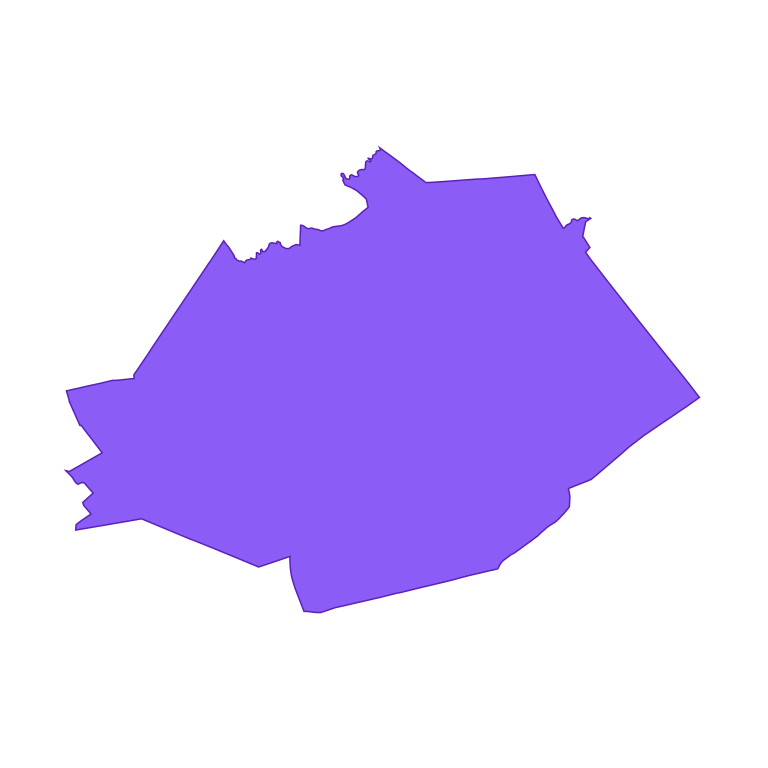 outline of Denta, Timis, Romania, rotated 6°
{"feature_id": "2599482B74915539122054", "entity_name": "Denta", "entity_type": "district", "adm_level": 2, "iso_a3": "ROU", "parent_name": "Romania", "parent_adm1": "Timis", "projection": "robinson", "projection_center": [21.251, 45.352], "detail": "fine", "context": "isolated", "style": "filled", "palette": "violet", "viewbox_px": 768, "rotation_deg": 6, "n_neighbors": 0, "source": "geoboundaries", "source_scale": "gbopen_adm2", "svg_char_len": 5951}
<svg xmlns="http://www.w3.org/2000/svg" viewBox="0 0 768 768"><g transform="rotate(6 384 384)"><path d="M572.2,499.5L574.3,496.6L575.6,495.2L579.0,490.2L580.1,488.6L580.9,487.3L581.2,485.6L581.1,484.8L580.7,477.1L580.1,474.2L578.9,470.4L578.4,468.6L584.3,465.5L597.2,458.8L600.0,457.3L609.6,447.3L613.3,443.4L622.4,433.8L628.0,427.9L634.1,421.2L636.7,418.7L641.4,414.2L649.4,406.6L650.2,406.1L655.6,401.5L678.7,382.0L687.6,374.5L699.1,364.4L698.5,363.8L689.3,354.0L682.2,346.7L651.8,316.1L638.3,302.3L632.1,296.0L620.0,283.6L614.2,277.6L603.4,266.5L594.3,257.1L576.7,238.7L573.6,235.2L570.7,231.8L574.5,226.7L567.1,217.3L566.2,217.2L566.4,214.3L567.6,201.7L572.3,197.6L571.3,197.1L571.0,197.5L570.4,198.2L569.8,198.2L569.0,198.2L568.1,198.0L566.7,197.7L565.5,197.6L564.3,197.8L562.8,198.2L562.0,198.9L561.4,199.4L560.6,200.5L560.1,200.7L558.9,201.4L558.5,201.1L558.0,200.9L557.3,200.4L556.3,200.1L555.2,200.2L554.0,200.6L553.7,200.9L553.4,201.6L553.5,202.8L553.4,203.1L552.9,204.2L551.9,205.2L550.7,205.9L549.6,206.4L548.5,207.5L548.2,208.1L547.8,208.9L547.1,209.7L546.8,210.1L546.2,210.1L545.8,210.1L536.8,198.3L536.9,198.1L530.9,189.2L526.6,182.9L517.8,169.1L513.3,161.8L512.1,159.9L507.5,160.8L502.7,161.7L485.8,165.0L479.3,166.2L468.2,168.3L459.6,169.9L454.9,170.5L445.4,172.2L427.9,175.4L410.9,178.4L404.7,179.3L404.4,179.1L403.3,178.5L401.6,177.5L400.2,176.6L396.9,174.7L390.5,170.8L387.9,169.4L383.5,166.7L382.3,165.9L379.6,164.1L378.1,163.1L374.5,160.9L368.4,157.3L362.9,154.1L360.9,153.0L355.0,149.5L355.5,150.4L356.0,151.5L355.7,151.8L354.9,152.5L354.2,152.6L353.3,152.8L352.5,153.0L352.1,153.4L351.9,153.9L352.0,155.3L351.8,155.7L351.5,156.2L350.7,156.7L349.4,157.5L349.0,158.0L348.9,158.4L349.0,159.2L348.8,160.3L348.7,160.8L348.1,161.4L347.6,161.4L347.2,161.4L346.9,161.4L346.6,161.4L345.5,161.2L344.7,161.1L344.6,161.4L344.7,161.6L345.2,161.9L346.2,162.4L347.7,163.2L347.6,163.6L347.6,164.2L347.3,164.3L346.6,164.4L346.3,164.4L344.8,163.8L344.3,163.8L343.5,164.0L343.0,164.4L342.7,164.9L342.6,165.7L342.7,166.3L342.6,166.8L342.7,167.3L342.7,169.0L342.9,169.6L342.8,170.1L342.8,170.6L342.8,171.7L342.7,171.9L342.4,172.5L341.8,172.7L341.0,172.9L340.5,172.9L339.8,173.0L339.1,173.2L338.2,173.5L337.4,173.8L336.8,174.2L336.2,174.9L335.6,175.9L335.5,176.4L335.6,176.9L336.1,177.7L336.6,178.4L337.0,178.9L336.9,179.3L336.7,179.9L336.4,180.1L335.3,180.6L334.9,180.6L333.5,180.7L333.0,180.5L332.1,180.2L331.0,179.7L330.0,179.4L329.5,179.5L329.0,179.7L328.5,180.3L328.2,180.8L328.3,181.3L328.4,182.0L328.5,182.4L328.1,183.7L327.8,183.8L327.2,184.0L326.9,184.1L325.3,183.9L324.8,183.5L324.3,183.1L323.7,182.1L322.9,180.8L321.9,179.3L321.4,179.0L320.7,178.9L320.0,179.0L319.7,179.2L319.3,179.9L319.4,180.4L319.7,181.2L320.1,181.9L320.6,182.2L321.6,183.0L321.8,183.2L322.4,184.5L321.9,185.2L321.7,185.5L323.0,187.8L324.4,190.0L325.0,190.3L330.2,191.8L336.2,194.3L341.7,197.9L344.3,199.8L345.2,200.5L347.1,202.0L349.7,210.0L345.9,213.7L344.7,214.9L343.0,216.8L340.7,219.3L338.6,221.6L338.1,222.0L334.4,225.0L331.4,227.4L328.8,229.2L327.4,229.9L325.6,230.8L325.1,231.0L320.9,232.0L318.7,232.5L316.8,233.0L314.3,234.4L311.9,235.8L311.7,235.8L311.2,236.0L310.5,236.2L310.1,236.5L309.6,236.9L308.2,237.5L306.4,238.3L305.9,238.2L304.8,238.1L303.5,237.6L302.5,237.4L301.4,237.2L300.1,237.3L299.6,237.2L298.8,237.1L297.8,236.9L296.9,236.7L296.1,236.5L295.5,236.5L294.8,236.7L293.4,237.2L292.9,237.3L292.2,237.4L291.6,237.4L291.1,237.2L290.7,237.0L289.8,236.6L288.9,236.0L288.0,235.4L287.2,235.1L285.8,234.8L284.9,234.7L284.5,234.8L285.8,254.2L285.8,254.8L285.3,254.7L284.5,254.7L282.2,254.5L281.4,254.8L277.8,256.9L275.8,258.9L274.6,259.3L273.2,259.5L271.9,259.4L270.7,258.9L269.6,258.5L268.7,258.2L268.2,257.9L266.3,255.6L266.1,254.4L263.3,253.2L262.9,253.6L262.6,254.0L262.6,254.9L262.5,255.5L257.5,255.3L256.4,255.8L255.8,256.2L255.4,256.7L255.3,257.1L254.9,258.7L254.7,260.1L254.4,260.5L252.3,263.9L252.0,264.6L251.4,264.7L251.2,264.7L250.2,264.9L249.6,265.0L249.0,264.2L248.3,262.8L248.0,262.8L247.4,263.4L247.2,264.1L247.2,264.4L247.6,265.3L247.7,265.7L247.7,266.4L247.1,267.7L246.6,267.7L246.2,267.7L245.4,267.2L244.9,266.9L244.1,266.6L243.6,266.8L243.4,267.2L243.6,268.1L243.8,269.1L243.8,269.4L243.6,270.2L243.7,270.9L244.0,272.0L243.8,272.3L243.6,272.7L242.2,273.4L241.9,273.4L241.4,273.5L238.6,272.6L238.3,273.2L237.5,274.3L235.0,274.9L234.0,275.6L232.6,278.0L232.4,277.9L232.0,277.7L230.1,277.0L229.5,276.8L228.8,276.7L228.1,276.7L227.3,276.9L225.6,276.5L225.2,276.3L224.2,275.6L223.7,274.9L222.9,274.4L222.0,274.1L221.9,272.8L220.8,271.1L215.4,264.3L213.2,262.3L211.0,259.8L209.6,258.3L203.6,270.0L198.5,279.9L197.2,282.1L190.7,294.4L182.4,310.1L169.7,334.0L166.3,340.4L162.6,347.5L158.0,356.1L153.4,364.8L148.5,374.2L145.5,380.1L141.0,388.5L137.8,394.5L134.3,401.0L134.3,401.7L135.0,404.6L119.1,408.0L115.8,408.6L113.7,408.7L102.6,412.7L93.1,415.8L68.9,424.0L73.4,435.0L73.2,435.0L73.5,435.4L78.0,443.3L85.2,455.7L85.7,456.9L86.4,457.0L87.1,457.0L87.4,457.0L87.7,457.3L94.2,464.3L99.5,469.8L110.9,481.9L104.6,486.4L80.2,503.9L76.7,503.5L83.4,509.0L87.6,514.2L90.0,515.7L93.9,513.5L96.4,513.8L106.1,522.9L96.8,533.3L97.9,536.0L106.2,543.9L97.4,551.4L92.5,556.0L92.7,561.5L137.9,548.8L157.0,543.4L187.0,552.4L207.1,558.4L209.2,558.9L222.1,562.5L255.3,572.2L278.5,579.1L308.6,565.3L308.7,568.0L309.3,572.3L309.9,575.9L311.0,580.7L312.1,584.7L314.1,590.0L317.1,596.8L328.2,618.5L330.1,618.4L331.3,618.2L336.6,618.3L338.5,618.4L343.1,618.1L344.2,618.0L344.8,618.0L358.9,611.5L369.1,608.1L381.2,603.9L389.4,601.1L404.1,596.0L419.0,590.5L420.8,590.2L438.1,583.9L464.0,574.8L471.9,572.0L475.8,570.5L478.9,569.2L488.9,565.5L502.7,560.7L516.5,555.9L518.3,551.2L519.4,549.3L521.1,547.0L524.5,543.9L528.4,540.3L531.1,538.6L532.5,537.4L539.5,531.1L548.2,523.2L553.1,518.7L554.4,516.9L557.5,513.5L559.1,511.8L560.4,510.3L562.2,508.6L564.2,506.9L566.4,505.2L568.6,503.5L570.4,501.6L572.2,499.5Z" fill="#8b5cf6" stroke="#5b21b6" stroke-width="1.5"/></g></svg>